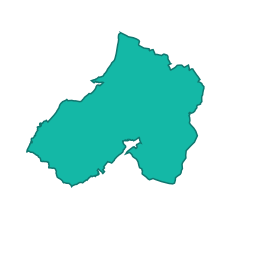 Mariselu, Bistrita-Nasaud, Romania (Robinson projection), rotated 314°
{"feature_id": "2599482B66429333464185", "entity_name": "Mariselu", "entity_type": "district", "adm_level": 2, "iso_a3": "ROU", "parent_name": "Romania", "parent_adm1": "Bistrita-Nasaud", "projection": "robinson", "projection_center": [24.492, 47.008], "detail": "fine", "context": "isolated", "style": "filled", "palette": "teal", "viewbox_px": 256, "rotation_deg": 314, "n_neighbors": 0, "source": "geoboundaries", "source_scale": "gbopen_adm2", "svg_char_len": 5741}
<svg xmlns="http://www.w3.org/2000/svg" viewBox="0 0 256 256"><g transform="rotate(314 128 128)"><path d="M193.5,63.1L191.4,56.5L191.3,56.8L191.0,56.7L189.1,56.3L188.3,56.7L187.1,57.6L185.9,58.7L185.4,59.6L183.0,61.4L181.9,62.1L181.1,62.5L173.5,67.8L169.0,70.4L167.0,71.2L163.4,71.1L161.9,71.7L156.0,72.5L154.4,73.1L151.9,73.5L150.4,73.4L149.7,73.7L148.0,74.0L146.3,73.2L144.7,72.3L144.4,71.6L141.6,71.3L140.8,70.8L140.2,70.8L138.6,69.8L136.6,68.8L136.9,72.0L137.0,72.2L137.3,72.3L138.6,72.3L138.6,72.5L139.2,72.6L139.2,73.3L139.2,73.7L139.5,74.0L139.7,73.9L140.2,74.3L140.3,75.3L142.9,77.5L143.0,77.7L143.5,78.3L143.6,78.7L139.3,78.5L139.3,78.0L138.7,78.0L138.5,77.8L138.3,77.4L138.3,76.8L138.1,76.5L137.2,76.1L136.8,76.1L135.5,76.4L134.8,76.9L132.7,77.5L129.9,77.7L126.9,77.5L126.4,76.8L125.6,76.0L125.0,76.1L123.7,76.0L120.4,75.5L119.3,75.5L118.3,75.8L116.8,75.7L115.5,75.9L114.4,75.7L113.4,74.9L111.2,71.6L109.9,70.2L108.8,68.4L105.9,65.8L106.0,64.2L104.6,64.0L101.5,62.7L99.9,62.7L99.2,62.6L97.5,62.9L96.1,63.5L94.6,64.3L93.8,64.5L92.9,64.6L92.5,64.8L91.5,64.9L89.4,65.5L85.8,65.9L76.7,66.2L76.7,63.9L76.0,64.0L74.9,63.2L74.2,62.9L72.6,63.2L72.1,63.1L72.0,62.9L71.6,63.0L71.3,63.0L71.0,62.7L70.7,61.6L70.1,61.4L69.9,61.5L69.5,62.0L68.9,62.3L68.8,62.5L69.1,62.8L69.7,62.8L70.0,63.0L69.9,63.4L69.4,64.0L68.3,64.0L67.6,63.7L67.2,63.1L66.8,62.7L65.9,62.2L65.6,62.2L65.5,62.4L65.6,62.8L65.2,63.2L64.4,63.6L64.0,63.9L63.7,64.7L62.8,64.7L59.9,65.4L59.3,65.7L58.5,66.5L58.0,66.2L58.0,66.4L57.9,66.5L57.5,66.5L57.3,66.6L56.8,66.5L55.3,66.8L54.8,66.7L53.6,65.9L53.1,66.0L51.9,67.0L51.8,67.8L51.5,68.0L51.1,67.9L51.4,68.8L50.6,69.1L50.3,68.6L49.9,68.2L49.3,68.5L48.7,68.5L48.1,68.8L46.6,69.4L42.3,70.7L40.6,71.8L40.8,72.0L42.1,72.1L42.8,73.7L42.8,74.5L44.4,76.6L44.4,77.5L44.7,78.9L44.9,80.9L45.6,82.4L45.1,83.2L45.0,83.9L45.3,85.2L45.2,86.1L44.7,86.8L44.4,87.4L43.8,88.0L43.7,88.4L43.9,88.9L44.5,89.8L45.4,90.5L45.5,90.9L46.8,92.3L46.9,92.6L47.5,93.0L47.5,93.4L47.6,94.0L48.0,94.4L47.9,95.1L46.9,96.0L46.9,96.3L46.1,97.4L44.7,98.2L44.4,98.8L45.4,99.8L46.6,101.6L47.3,102.1L47.9,103.1L48.1,103.7L47.9,104.4L47.3,106.0L47.2,106.4L45.5,107.7L45.0,108.8L44.5,109.3L44.2,110.1L43.6,111.0L43.6,111.8L43.8,113.1L44.1,114.0L44.4,115.8L44.4,117.7L43.9,118.7L44.0,119.3L43.9,119.7L44.4,119.9L45.4,121.9L47.2,124.1L47.3,126.5L46.7,128.2L47.7,128.1L48.3,128.3L49.4,128.8L50.4,129.1L51.9,130.3L53.3,130.5L55.2,131.1L56.0,131.8L56.6,132.5L57.0,133.4L57.7,133.6L59.2,133.6L60.4,134.0L61.4,134.0L61.8,134.2L62.0,134.8L65.2,134.5L65.3,134.7L66.1,134.8L67.4,134.6L67.9,135.0L68.0,135.4L67.9,135.7L68.0,136.0L68.8,136.2L69.3,136.4L69.9,137.1L70.5,137.2L70.5,138.1L71.7,137.9L71.9,138.3L72.2,138.4L72.6,138.4L73.3,139.0L74.3,139.1L74.3,138.3L74.5,138.1L75.1,138.6L75.3,138.3L75.4,137.4L75.9,137.0L76.1,135.4L77.9,135.1L78.0,138.1L78.2,139.6L78.0,140.7L77.8,140.9L77.8,141.5L80.3,141.4L80.5,138.9L82.9,138.8L83.2,137.5L89.7,136.8L90.0,137.7L90.8,138.8L91.4,140.5L92.5,140.7L93.6,140.5L95.1,140.6L96.2,140.1L99.7,140.0L102.8,140.3L104.5,140.7L106.0,140.8L106.5,141.0L107.5,140.8L108.9,139.9L109.2,139.8L109.7,140.1L110.4,140.0L110.7,139.7L112.4,139.7L113.3,138.9L113.4,137.5L113.3,136.6L113.9,134.8L114.4,134.3L114.4,133.8L115.0,133.3L115.7,134.0L116.6,134.1L117.1,134.3L117.2,135.0L117.7,134.9L117.7,135.6L119.0,135.8L118.5,136.1L118.5,136.5L119.5,137.0L120.4,137.0L121.0,137.2L121.1,137.5L120.7,137.6L121.5,138.9L122.0,139.4L122.7,139.6L122.7,140.9L124.6,141.6L129.5,142.6L128.8,142.8L128.4,143.1L128.4,143.6L127.7,144.4L127.1,145.4L126.9,146.1L126.6,146.8L126.2,147.9L126.0,147.4L125.6,146.9L124.9,146.6L122.9,146.1L122.2,145.7L121.9,145.8L121.3,146.1L121.2,147.1L121.0,147.4L120.8,147.6L120.1,148.0L119.1,148.1L118.6,147.7L118.9,146.8L118.8,146.5L118.4,146.1L118.7,145.7L117.7,145.1L117.8,144.9L111.9,144.0L110.3,143.9L109.3,144.0L108.7,144.3L108.0,144.4L111.1,145.8L111.6,146.8L111.6,148.2L111.5,149.4L110.9,150.8L110.8,151.9L111.4,155.3L111.3,156.4L110.6,158.8L108.6,161.9L107.5,163.9L108.1,166.0L108.1,166.5L107.4,167.3L107.4,168.0L105.1,169.8L104.8,170.3L105.4,175.2L105.3,177.7L105.7,179.4L109.1,181.1L110.0,183.4L112.8,189.4L116.7,196.2L118.9,199.0L120.7,199.7L123.3,198.3L125.3,196.7L127.9,197.0L130.9,197.7L132.6,197.3L134.6,195.9L136.5,195.4L139.4,192.1L141.1,191.3L146.6,190.5L148.5,188.4L152.1,185.6L158.1,185.5L164.0,185.6L170.6,183.3L172.8,178.9L173.6,175.4L173.9,170.5L174.3,168.6L176.4,167.3L178.4,165.0L179.3,163.3L180.5,163.2L181.0,161.6L182.2,161.7L182.3,163.0L184.2,164.0L186.2,164.3L189.0,163.5L189.6,163.7L190.3,163.4L190.6,163.3L191.3,162.4L192.5,162.0L194.5,163.1L195.6,163.5L196.5,162.8L198.2,162.8L200.9,160.0L201.8,159.3L202.5,158.9L203.6,158.7L205.1,157.5L207.7,155.8L208.0,155.7L208.4,155.4L208.9,155.3L210.5,153.8L210.6,151.4L211.1,150.6L211.2,150.0L211.0,149.3L211.1,149.0L210.5,146.9L210.0,146.4L211.2,145.9L212.8,146.1L213.6,142.5L213.8,140.7L215.0,134.9L215.4,133.6L215.2,133.5L214.9,132.9L214.6,132.7L212.2,132.0L212.4,131.5L212.8,131.6L215.2,127.8L210.8,126.4L210.7,126.2L210.5,124.6L210.6,123.9L210.6,123.4L210.2,122.6L209.4,121.8L207.8,120.3L207.2,119.9L204.7,119.9L203.2,119.6L199.4,118.5L199.3,118.0L200.4,116.1L200.5,115.2L200.8,114.8L200.8,113.6L201.5,113.2L204.0,114.2L203.9,113.6L204.0,112.9L204.7,111.4L204.9,110.2L205.5,108.7L206.7,107.6L207.1,107.1L207.5,106.1L207.5,105.5L207.4,105.0L206.7,104.3L206.7,103.5L206.4,103.0L205.8,102.3L203.4,101.8L203.1,101.1L202.3,99.9L201.3,98.1L200.8,97.4L200.0,96.9L199.9,96.7L199.8,96.4L200.0,95.9L200.2,95.5L201.8,91.6L201.7,91.5L200.0,90.4L198.7,90.0L198.6,89.9L198.7,89.3L199.4,88.6L199.6,88.1L196.5,83.9L195.0,78.4L195.5,77.5L198.2,76.1L198.3,75.9L198.5,75.0L198.5,74.6L197.9,72.2L196.6,69.1L193.8,64.8L193.5,63.1Z" fill="#14b8a6" stroke="#0f766e" stroke-width="1.5"/></g></svg>